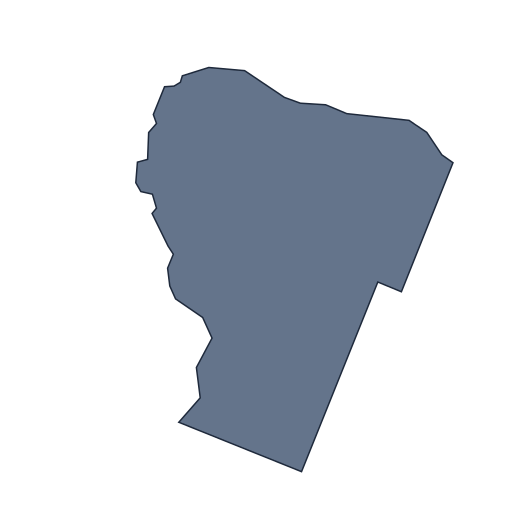 the district of Hood River, Oregon, United States of America, rotated 22°
{"feature_id": "52423323B12967168395878", "entity_name": "Hood River", "entity_type": "district", "adm_level": 2, "iso_a3": "USA", "parent_name": "United States of America", "parent_adm1": "Oregon", "projection": "natural_earth1", "projection_center": [-121.734, 45.492], "detail": "fine", "context": "isolated", "style": "filled", "palette": "slate", "viewbox_px": 512, "rotation_deg": 22, "n_neighbors": 0, "source": "geoboundaries", "source_scale": "gbopen_adm2", "svg_char_len": 637}
<svg xmlns="http://www.w3.org/2000/svg" viewBox="0 0 512 512"><g transform="rotate(22 256 256)"><path d="M403.7,95.7L390.4,92.6L368.0,77.4L353.7,74.4L352.9,74.2L347.1,72.9L286.8,90.0L263.9,89.7L239.9,97.7L222.9,98.3L176.0,88.4L141.6,98.9L120.2,116.5L120.8,123.3L116.3,129.2L107.8,133.3L107.8,163.3L114.1,170.4L110.2,181.7L119.3,207.0L110.9,213.4L117.1,233.1L125.1,239.4L136.8,237.5L145.8,248.9L143.7,255.5L170.8,279.8L178.7,285.3L178.6,300.4L187.3,316.1L197.5,325.9L229.6,333.0L246.0,348.6L242.5,381.7L257.4,408.4L246.7,439.1L379.0,438.9L378.7,234.5L404.2,234.7L403.7,95.7Z" fill="#64748b" stroke="#1e293b" stroke-width="1.5"/></g></svg>